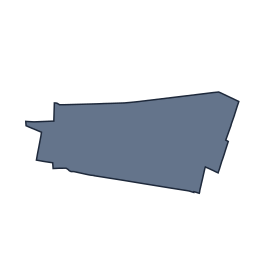 outline of Rusanesti, Olt, Romania, rotated 196°
{"feature_id": "2599482B48981848696155", "entity_name": "Rusanesti", "entity_type": "district", "adm_level": 2, "iso_a3": "ROU", "parent_name": "Romania", "parent_adm1": "Olt", "projection": "natural_earth1", "projection_center": [24.553, 43.927], "detail": "fine", "context": "isolated", "style": "filled", "palette": "slate", "viewbox_px": 256, "rotation_deg": 196, "n_neighbors": 0, "source": "geoboundaries", "source_scale": "gbopen_adm2", "svg_char_len": 1722}
<svg xmlns="http://www.w3.org/2000/svg" viewBox="0 0 256 256"><g transform="rotate(196 128 128)"><path d="M50.8,187.6L51.2,187.4L56.0,185.5L60.2,183.7L81.0,174.9L127.6,155.3L132.9,153.2L135.3,152.3L138.1,151.2L138.9,150.9L139.0,150.9L152.0,146.7L158.4,144.7L159.2,144.4L164.7,142.6L196.3,132.6L196.9,132.5L197.0,132.4L200.2,131.5L200.3,131.5L200.5,131.5L200.9,131.7L202.5,132.1L203.1,132.2L203.2,132.3L203.3,132.3L203.5,132.2L204.3,132.1L205.0,132.0L205.3,131.9L205.7,131.8L203.4,122.8L201.2,114.2L220.0,108.0L223.5,107.2L226.2,106.6L228.1,106.2L227.6,104.8L226.6,102.1L224.4,101.8L223.0,101.6L210.0,100.1L209.5,96.4L208.5,85.6L207.9,78.5L207.2,71.9L200.2,72.6L190.8,73.8L188.8,68.4L182.9,70.4L176.4,72.3L174.3,71.7L172.5,70.7L171.6,70.6L170.7,70.4L169.5,70.8L168.3,71.1L167.9,71.2L155.1,72.0L152.5,72.2L150.6,72.4L147.5,73.0L147.4,72.8L140.2,73.7L131.2,74.8L124.0,75.7L118.2,76.4L97.6,78.8L91.0,79.6L69.1,82.2L54.6,84.0L53.9,84.1L51.8,84.3L47.0,84.2L47.1,84.8L47.1,85.0L45.7,85.0L42.7,84.9L41.5,84.9L41.5,85.1L41.5,85.9L41.5,86.1L41.6,86.4L41.6,86.7L41.7,87.4L41.8,88.1L41.8,88.5L41.9,89.8L41.9,90.2L41.9,90.8L42.0,91.8L42.0,92.4L42.0,92.8L42.0,93.3L42.1,93.6L42.1,94.5L42.2,95.3L42.2,96.1L42.2,96.9L42.3,97.0L42.3,97.4L42.3,97.8L42.3,98.1L42.3,98.5L42.7,105.3L42.7,106.0L42.8,107.0L42.9,109.3L43.0,110.3L42.9,111.9L42.0,111.7L40.1,111.5L37.5,111.1L35.8,110.8L35.7,110.8L34.3,110.6L31.7,110.1L29.0,109.7L29.0,111.0L28.8,113.8L28.8,114.9L28.7,120.8L28.7,121.9L28.5,124.2L28.3,128.9L28.2,133.7L27.9,142.7L29.3,143.0L30.7,143.3L30.4,147.9L29.7,158.6L29.7,159.6L29.8,159.8L29.2,170.0L29.3,170.2L29.2,171.9L29.0,179.4L28.8,182.8L28.8,184.0L48.5,187.3L50.8,187.6Z" fill="#64748b" stroke="#1e293b" stroke-width="1.5"/></g></svg>